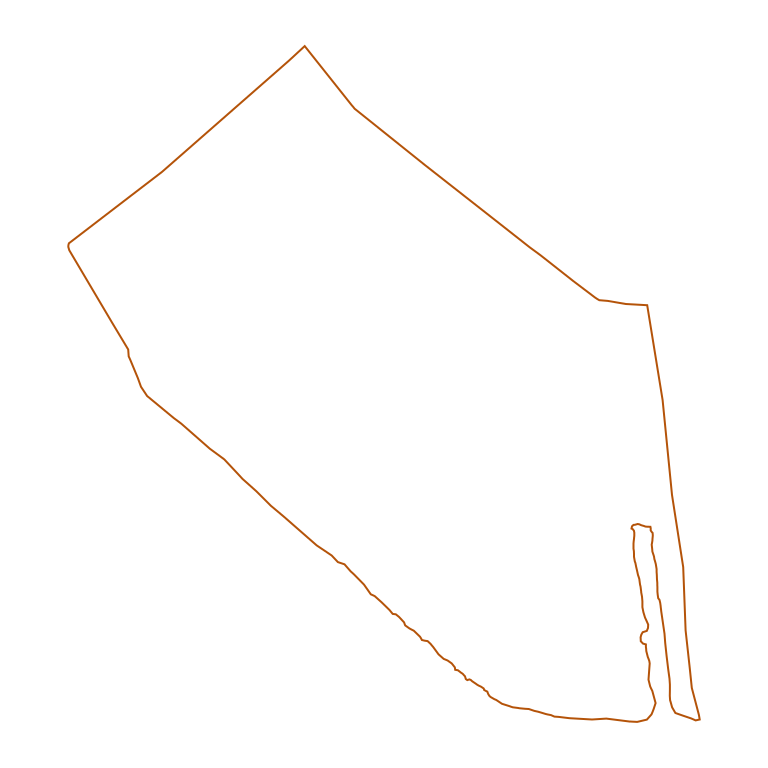 outline of Al-Dawahy, Bur Sa`id, Egypt
{"feature_id": "37247803B10876030245945", "entity_name": "Al-Dawahy", "entity_type": "district", "adm_level": 2, "iso_a3": "EGY", "parent_name": "Egypt", "parent_adm1": "Bur Sa`id", "projection": "equal_earth", "projection_center": [32.286, 31.246], "detail": "fine", "context": "isolated", "style": "outline", "palette": "amber", "viewbox_px": 768, "rotation_deg": 0, "n_neighbors": 0, "source": "geoboundaries", "source_scale": "gbopen_adm2", "svg_char_len": 3613}
<svg xmlns="http://www.w3.org/2000/svg" viewBox="0 0 768 768"><path d="M490.9,216.8L424.6,164.8L354.6,108.7L353.2,106.9L351.7,105.2L304.7,46.1L289.0,60.6L162.1,171.8L130.8,195.8L68.9,243.3L68.4,245.1L68.3,246.9L69.3,250.3L112.0,322.5L128.2,349.5L128.7,356.4L129.5,358.1L130.3,359.9L137.9,378.2L141.0,386.8L147.1,396.0L173.7,418.0L181.2,423.6L209.8,448.7L224.3,459.4L237.9,473.9L242.5,478.9L256.4,491.3L270.9,505.8L283.9,516.7L316.7,545.4L331.7,555.5L337.9,562.1L344.5,564.3L350.7,571.4L352.5,573.0L354.2,574.6L364.0,584.6L370.8,594.3L372.8,595.2L374.7,596.1L381.5,602.2L389.5,610.0L392.7,613.9L394.9,614.2L395.8,614.3L399.0,616.9L404.1,622.4L404.6,623.9L405.2,625.4L409.4,628.4L411.6,629.6L413.8,630.7L420.0,636.7L421.0,638.3L421.9,640.0L424.8,640.7L426.2,640.9L427.6,641.1L430.6,643.9L431.8,645.4L433.1,646.9L438.5,654.3L443.7,658.9L445.7,659.7L447.6,660.5L451.7,663.4L454.8,667.3L454.9,667.6L455.2,669.8L457.5,670.2L457.8,670.2L460.2,672.0L460.6,672.4L461.7,673.1L462.8,673.9L464.2,675.5L465.0,676.3L465.8,679.0L467.3,680.1L468.8,679.6L469.3,679.4L470.7,679.9L472.1,681.2L474.6,682.9L475.8,683.7L477.3,684.8L478.9,685.7L479.3,685.9L480.9,686.6L483.7,688.5L484.0,689.3L484.1,689.9L485.8,690.9L486.0,691.0L487.3,691.6L488.2,694.0L489.3,695.8L490.6,697.0L494.4,699.2L495.4,699.6L496.3,700.0L502.0,703.8L509.6,706.2L511.2,706.8L512.8,707.3L518.3,708.0L519.1,708.2L520.0,708.3L525.2,708.8L527.0,708.9L528.8,709.0L533.5,710.6L534.4,710.9L536.2,711.3L538.0,711.7L540.8,712.5L545.7,714.0L547.8,714.5L548.9,714.7L551.0,715.1L554.4,716.6L558.7,716.9L569.5,718.2L592.1,719.5L606.3,718.6L628.5,721.4L629.1,721.5L629.6,721.5L637.2,721.9L646.9,719.6L651.5,714.4L652.6,711.8L653.6,709.2L655.6,703.1L652.3,690.9L651.2,688.7L650.2,686.5L648.5,679.7L649.2,670.1L649.7,663.5L649.3,661.0L648.5,658.7L647.8,657.0L646.3,651.1L646.1,648.3L645.9,647.1L645.9,644.4L643.0,643.6L641.9,642.4L640.8,641.3L640.6,637.3L641.3,634.7L642.7,632.2L643.4,632.0L646.8,630.9L648.0,628.0L648.2,624.6L646.7,621.2L645.0,617.5L643.4,612.2L642.9,609.7L642.4,607.2L642.4,603.2L642.4,601.3L642.0,596.6L641.3,592.9L641.2,592.4L641.2,591.8L640.6,587.0L640.4,585.9L640.1,584.9L639.9,583.5L639.3,579.0L638.7,577.0L638.0,575.0L637.0,570.4L636.1,566.6L636.0,566.0L635.8,565.0L635.4,563.0L634.8,561.4L634.0,556.8L634.0,554.3L634.0,553.9L633.9,551.6L633.9,551.2L633.5,548.7L633.5,545.9L633.5,543.5L633.7,541.2L634.0,538.9L634.1,537.6L634.3,535.9L634.3,532.6L633.9,530.6L633.6,530.3L632.7,529.1L631.5,528.6L632.0,526.3L633.5,524.9L634.9,524.8L637.7,524.0L639.6,524.4L640.3,524.8L640.7,525.0L642.2,525.5L643.7,525.9L645.0,526.4L645.7,526.6L647.2,526.7L650.4,526.8L650.7,528.2L650.7,529.7L650.7,530.4L651.5,531.7L652.6,532.9L652.8,535.2L652.7,536.7L652.6,537.7L652.5,538.7L652.4,540.6L652.0,543.1L651.7,544.6L652.0,547.3L652.2,549.1L652.4,551.6L653.4,554.6L653.9,556.2L654.0,556.5L654.4,559.2L654.6,559.8L655.0,561.1L655.8,564.1L656.6,569.1L656.6,572.0L656.8,574.6L656.9,577.1L656.9,577.6L657.0,579.7L657.2,581.7L657.3,583.0L657.3,584.3L657.3,585.2L657.4,587.0L657.4,591.6L657.7,594.7L658.2,598.2L658.8,599.0L659.5,599.9L660.2,602.9L660.6,605.7L660.8,607.7L661.0,609.1L661.2,611.1L664.5,633.7L665.2,642.9L666.6,656.0L668.2,669.2L669.5,678.7L669.9,684.6L669.9,687.1L669.9,689.7L669.8,695.8L670.1,700.3L670.5,701.5L672.1,707.3L675.4,713.0L683.1,715.7L691.1,718.4L693.4,719.4L695.6,720.4L699.7,719.5L699.4,717.7L698.9,714.9L691.8,687.9L689.7,667.6L685.6,630.4L683.2,567.1L672.0,494.9L662.6,400.0L647.2,305.2L625.8,304.0L607.7,300.9L599.3,300.2L597.1,298.9L595.0,297.5L573.2,281.0L540.7,255.4L529.7,247.3L490.9,216.8Z" fill="none" stroke="#b45309" stroke-width="2"/></svg>